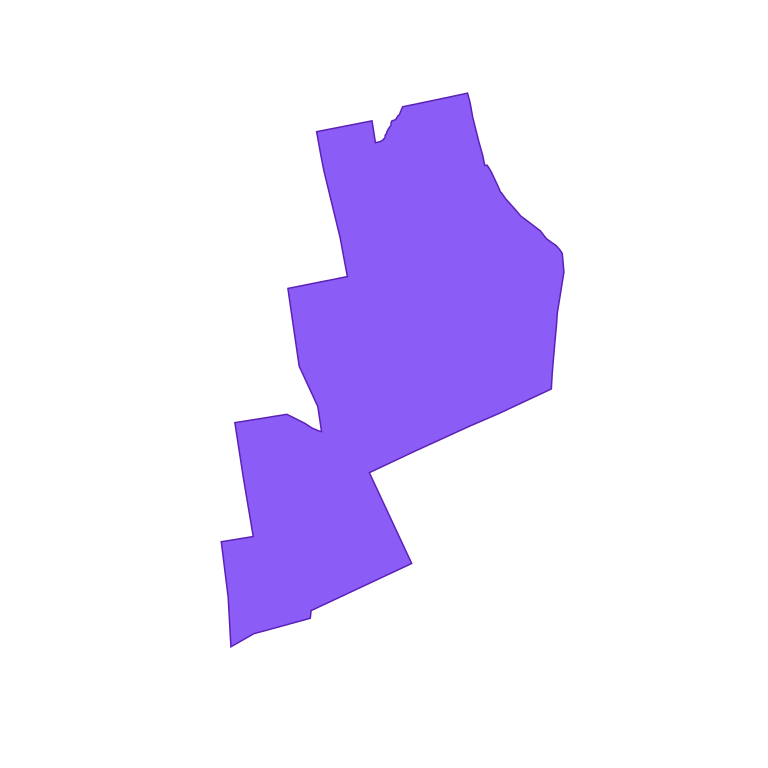 Florencio Varela, Buenos Aires, Argentina (Mercator projection), rotated 22°
{"feature_id": "61730980B88470206742087", "entity_name": "Florencio Varela", "entity_type": "district", "adm_level": 2, "iso_a3": "ARG", "parent_name": "Argentina", "parent_adm1": "Buenos Aires", "projection": "mercator", "projection_center": [-58.275, -34.889], "detail": "fine", "context": "isolated", "style": "filled", "palette": "violet", "viewbox_px": 768, "rotation_deg": 22, "n_neighbors": 0, "source": "geoboundaries", "source_scale": "gbopen_adm2", "svg_char_len": 1785}
<svg xmlns="http://www.w3.org/2000/svg" viewBox="0 0 768 768"><g transform="rotate(22 384 384)"><path d="M361.1,95.1L358.2,90.6L352.5,83.0L346.2,87.3L319.7,105.1L297.5,119.9L297.5,120.4L297.4,121.2L297.4,121.7L297.3,122.4L297.3,123.1L297.4,124.0L297.4,124.7L297.3,125.3L297.3,126.0L297.4,126.7L297.4,127.3L297.4,127.9L297.3,128.4L297.2,128.9L296.9,129.3L296.8,129.7L296.5,130.2L296.3,130.7L296.2,131.4L296.1,132.1L296.0,133.1L295.9,133.8L295.6,134.3L295.3,134.8L294.6,135.6L294.2,136.0L293.8,136.3L293.3,136.5L292.8,137.0L292.7,137.7L292.7,138.6L292.7,139.2L292.9,139.8L293.2,140.2L293.5,141.2L293.3,142.4L293.2,143.2L293.0,144.0L292.8,144.5L292.7,145.0L292.5,145.6L292.5,146.7L292.4,147.7L292.2,148.8L292.3,149.8L292.5,150.5L292.5,151.4L292.0,152.2L292.0,153.0L292.1,153.5L292.3,154.1L292.6,154.8L292.6,155.4L292.1,156.4L292.0,156.9L291.7,157.7L291.4,158.5L291.0,159.0L290.8,159.4L290.3,159.8L289.9,160.2L289.6,160.7L285.7,163.5L274.3,144.5L227.0,175.3L239.5,195.2L248.1,208.4L288.6,264.9L302.8,287.2L309.8,298.1L259.1,331.4L268.7,347.9L298.7,399.3L331.1,429.7L343.9,451.5L341.4,451.9L333.8,451.8L325.3,450.1L305.3,448.5L260.2,475.7L289.3,524.6L319.9,574.4L292.2,591.2L319.4,640.1L340.5,685.0L356.9,664.2L368.3,655.6L403.4,628.8L401.3,621.4L476.9,540.0L403.6,471.7L438.0,434.5L478.7,391.5L501.5,368.4L541.0,325.9L535.8,310.5L533.5,303.0L532.3,299.2L525.4,276.6L522.2,265.8L518.3,253.9L517.8,251.9L508.9,212.8L500.4,196.2L496.8,193.7L491.3,191.0L486.4,190.0L480.1,188.4L471.5,183.4L447.9,177.0L439.2,172.5L427.4,166.7L421.1,162.6L419.9,162.3L419.0,161.3L417.8,160.0L416.7,158.9L404.7,147.8L403.4,146.7L402.1,145.7L401.2,145.0L400.2,144.2L397.5,142.5L395.7,143.6L393.3,140.3L390.0,135.2L381.4,124.1L366.3,103.4L361.1,95.1Z" fill="#8b5cf6" stroke="#5b21b6" stroke-width="1.5"/></g></svg>